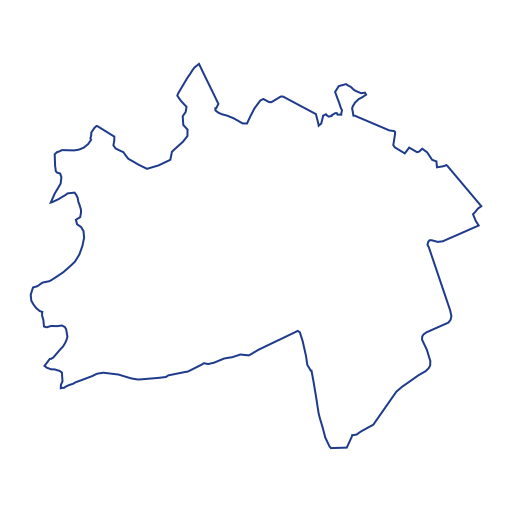 Bilbis, Ash Sharqiyah, Egypt (orthographic projection)
{"feature_id": "37247803B42171035160974", "entity_name": "Bilbis", "entity_type": "district", "adm_level": 2, "iso_a3": "EGY", "parent_name": "Egypt", "parent_adm1": "Ash Sharqiyah", "projection": "orthographic", "projection_center": [31.512, 30.409], "detail": "fine", "context": "isolated", "style": "outline", "palette": "blue", "viewbox_px": 512, "rotation_deg": 0, "n_neighbors": 0, "source": "geoboundaries", "source_scale": "gbopen_adm2", "svg_char_len": 4007}
<svg xmlns="http://www.w3.org/2000/svg" viewBox="0 0 512 512"><path d="M365.0,92.7L361.1,93.2L355.4,90.8L353.2,89.3L351.1,87.1L349.7,86.3L348.2,85.6L346.1,84.1L338.8,86.1L335.1,91.9L337.2,97.7L339.2,102.9L340.6,107.3L342.0,110.3L341.2,113.9L341.2,114.7L337.5,114.6L336.8,113.1L335.4,113.1L331.7,115.2L331.7,115.9L328.8,116.6L327.4,115.8L326.0,114.3L323.1,115.7L322.3,119.4L321.5,122.4L321.2,123.6L319.6,124.9L318.7,125.7L318.5,124.4L317.2,119.2L315.9,114.1L311.8,111.9L282.9,96.5L280.8,96.5L273.7,100.8L271.3,102.2L270.5,102.1L269.1,102.1L263.4,99.0L260.4,100.4L254.5,108.3L250.7,115.6L248.4,120.5L247.0,123.5L242.6,123.4L233.3,118.1L231.2,117.3L227.6,115.8L221.8,114.2L218.2,112.6L215.4,110.4L215.4,108.2L216.2,108.2L218.4,103.9L213.5,93.7L204.9,76.2L199.0,63.9L194.5,67.5L192.3,70.4L190.1,74.0L188.6,76.1L187.1,78.3L186.5,79.3L178.1,93.5L177.3,95.6L178.8,97.9L180.9,100.8L183.0,103.1L185.1,105.3L186.5,106.8L185.9,110.7L185.7,111.9L182.7,116.2L183.3,125.0L187.5,129.5L187.5,131.7L187.4,136.1L182.9,141.8L174.1,149.7L171.9,151.8L171.6,153.5L170.3,159.8L158.6,165.4L147.0,168.8L141.8,166.3L137.7,164.2L131.2,160.4L128.4,158.9L125.5,155.2L123.4,152.2L118.4,149.9L115.5,148.4L113.4,145.4L114.3,140.3L114.3,139.4L114.3,136.6L97.5,126.2L96.5,126.0L95.7,126.7L94.2,128.2L93.4,129.4L91.3,132.5L91.2,135.4L90.4,138.3L91.1,139.8L88.1,144.1L83.7,147.7L81.5,148.6L78.6,149.7L74.3,150.4L62.0,150.1L60.7,150.7L59.1,151.5L56.9,152.2L54.7,154.3L55.1,166.0L55.4,167.9L55.8,171.2L57.2,172.7L60.1,173.5L61.4,177.2L60.7,183.0L60.6,183.7L54.6,193.8L51.2,201.6L50.8,202.5L53.0,201.8L58.8,199.0L61.0,197.6L64.7,195.5L67.6,193.4L74.5,192.6L76.3,195.0L77.7,198.0L78.3,201.7L79.7,205.4L81.0,209.8L81.0,212.7L80.2,217.1L75.9,219.8L77.1,224.3L79.3,225.8L81.4,227.3L82.1,228.8L82.8,229.9L83.5,231.1L84.1,237.6L82.5,245.7L79.4,254.4L75.0,261.6L70.5,265.9L63.2,272.3L58.0,275.8L51.4,280.1L49.3,281.2L42.5,282.6L37.4,286.2L33.0,287.5L30.7,294.8L31.3,300.7L33.4,304.4L36.2,308.1L39.8,311.1L42.3,311.9L42.1,312.8L42.1,315.7L43.4,320.1L43.8,324.7L44.0,326.5L46.7,327.3L51.0,326.0L55.4,326.1L57.5,326.1L61.9,325.5L64.8,327.0L66.1,329.2L66.4,330.7L67.4,336.6L66.7,339.5L65.1,343.1L62.9,346.7L60.7,348.9L53.3,357.5L51.1,358.9L49.8,358.9L44.5,365.9L45.1,366.3L46.8,367.7L51.1,369.3L54.7,369.4L59.8,371.0L61.9,372.5L62.2,377.0L62.5,381.3L60.9,384.9L60.8,388.2L62.3,387.8L63.8,387.9L66.0,386.5L68.9,385.1L73.3,383.7L75.5,382.3L81.3,380.2L92.2,376.1L96.6,373.9L97.5,373.7L100.3,373.1L101.3,373.1L103.1,372.7L118.3,374.5L131.2,378.4L137.8,379.5L140.6,379.4L158.2,377.9L160.3,377.7L160.9,377.6L163.3,377.3L166.0,377.0L168.2,375.4L185.1,372.0L187.8,371.6L201.7,364.6L202.8,363.9L203.9,363.2L207.4,363.9L208.2,364.0L214.0,362.7L224.2,358.5L229.5,357.6L232.2,357.2L238.9,355.0L240.2,354.5L247.0,355.2L248.9,355.4L258.4,349.8L267.1,345.6L294.7,332.4L295.9,331.8L297.8,330.9L299.9,332.4L302.7,341.3L306.0,356.0L307.3,364.8L310.8,370.7L311.5,370.7L313.4,381.0L316.0,396.4L318.6,413.3L319.9,418.4L322.6,427.3L325.3,437.6L329.5,446.4L330.9,448.1L344.2,447.7L346.8,447.6L352.1,436.0L352.1,435.2L353.8,435.0L356.5,434.6L359.6,432.4L361.6,431.1L366.7,428.3L373.3,424.7L396.4,391.6L402.3,386.6L407.4,383.1L418.4,375.3L425.7,371.1L428.7,368.2L430.2,365.3L430.3,360.9L428.9,356.5L426.9,349.9L424.1,344.0L422.0,339.5L422.3,336.3L423.6,334.4L426.5,332.3L448.4,322.6L450.6,319.7L451.4,316.1L450.1,310.2L428.9,247.5L427.5,244.6L428.3,241.7L429.1,240.8L429.2,240.7L429.8,240.2L431.9,240.3L437.7,241.9L440.1,241.6L442.8,241.3L443.6,240.9L478.7,225.5L477.1,223.0L475.7,220.8L473.0,214.2L475.2,212.0L478.1,208.4L479.4,207.6L481.3,206.2L447.1,165.6L446.2,165.1L444.3,166.0L441.4,166.6L437.0,167.3L436.4,161.4L432.1,159.8L429.6,156.1L427.2,152.4L422.2,148.7L419.3,151.5L417.1,152.2L409.2,147.6L404.8,153.4L394.7,147.3L393.3,145.1L394.4,138.1L395.0,134.2L395.1,132.0L394.2,131.1L389.3,130.4L356.4,116.4L354.9,115.7L353.4,115.7L352.8,112.0L352.1,108.3L352.9,106.1L355.1,102.5L358.8,99.0L361.7,97.6L366.1,94.7L365.0,92.7Z" fill="none" stroke="#1e3a8a" stroke-width="2"/></svg>